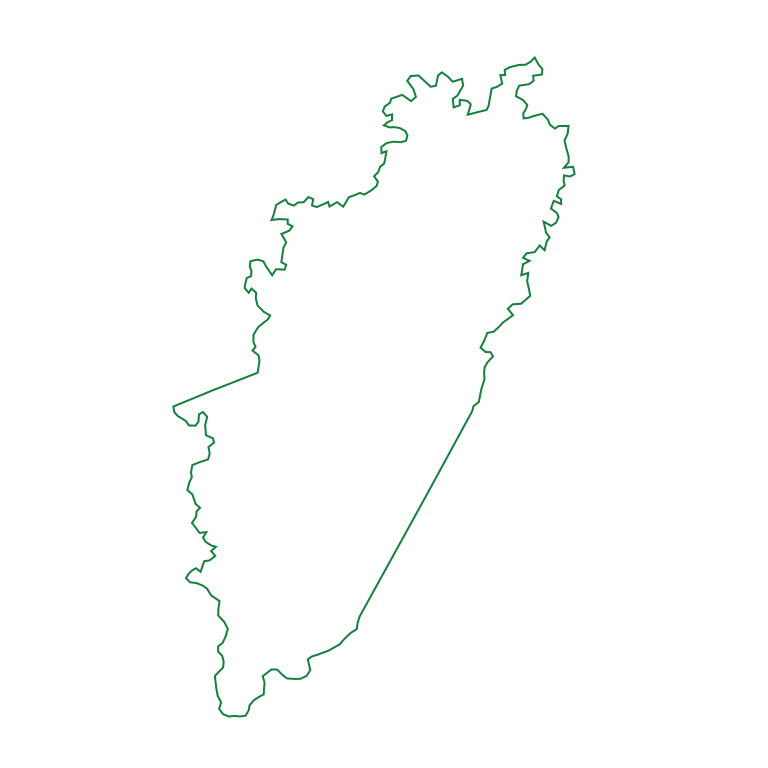 Rio Azul, Paraná, Brazil, rotated 258°
{"feature_id": "56859067B94937629872917", "entity_name": "Rio Azul", "entity_type": "district", "adm_level": 2, "iso_a3": "BRA", "parent_name": "Brazil", "parent_adm1": "Paraná", "projection": "albers", "projection_center": [-50.76, -25.731], "detail": "fine", "context": "isolated", "style": "outline", "palette": "green", "viewbox_px": 768, "rotation_deg": 258, "n_neighbors": 0, "source": "geoboundaries", "source_scale": "gbopen_adm2", "svg_char_len": 4011}
<svg xmlns="http://www.w3.org/2000/svg" viewBox="0 0 768 768"><g transform="rotate(258 384 384)"><path d="M161.4,311.6L243.7,382.8L253.7,391.4L263.8,400.2L321.2,449.3L339.2,464.7L343.7,466.9L346.7,473.0L358.9,478.2L367.8,483.3L374.6,484.3L379.5,486.0L383.6,489.6L388.4,496.4L393.0,494.8L394.1,490.1L399.5,486.0L405.0,490.6L412.5,495.7L412.3,502.1L416.2,508.7L419.3,512.9L422.0,519.0L424.5,524.5L431.8,520.8L435.2,526.3L434.0,534.8L439.9,545.4L447.4,545.5L454.7,545.4L462.7,548.2L461.9,540.9L467.3,543.0L472.2,544.8L474.2,552.0L478.5,546.2L482.2,550.8L481.7,558.8L487.1,565.1L481.5,568.9L489.4,572.6L493.0,576.5L498.2,574.0L509.6,573.9L503.9,580.5L506.1,586.0L511.2,589.5L515.4,588.6L520.9,583.8L527.9,588.1L523.3,594.7L527.9,595.6L531.7,592.1L537.5,595.4L540.6,602.0L545.4,601.9L550.6,603.5L548.3,609.0L549.7,614.1L557.2,614.1L558.1,605.0L562.4,610.6L568.0,611.9L577.6,611.3L584.6,611.1L590.5,615.6L598.0,618.1L600.0,608.5L598.3,604.2L603.2,600.2L608.6,599.2L615.4,595.2L615.0,586.4L614.3,580.4L614.8,575.8L619.8,576.5L622.9,579.6L627.0,582.2L632.8,579.1L638.0,573.0L643.2,574.8L647.7,578.3L647.1,588.2L649.4,593.3L654.5,594.0L653.9,602.8L659.2,604.4L664.5,601.5L672.0,599.3L668.7,594.3L666.8,588.8L668.1,582.4L667.7,572.8L666.1,567.3L661.0,566.8L661.9,562.0L653.2,562.0L651.1,555.9L650.6,550.7L634.3,544.1L630.7,541.3L630.5,532.8L630.0,521.9L635.0,524.7L639.6,527.0L643.7,524.2L646.2,517.1L640.9,516.1L640.1,509.6L648.6,510.6L650.9,515.9L659.5,523.5L666.3,523.7L665.4,514.0L671.5,510.3L676.8,505.3L674.5,501.0L665.0,496.8L665.0,491.5L678.6,481.9L679.7,474.1L675.7,469.8L666.2,474.1L658.2,474.9L655.1,469.3L663.0,461.9L661.6,450.4L657.8,448.3L655.3,442.5L651.0,439.5L645.7,442.0L646.0,448.0L640.3,446.6L639.2,441.6L637.0,437.7L633.8,443.0L633.1,447.5L631.2,452.5L627.1,457.3L622.2,458.6L617.4,456.2L617.0,450.8L619.0,443.8L619.2,436.9L616.4,430.6L610.4,429.6L611.1,434.7L603.8,431.9L599.6,429.9L597.3,425.4L592.5,422.4L589.3,417.5L583.2,420.1L579.3,418.0L576.1,411.9L573.4,404.2L575.9,400.2L575.0,395.6L574.0,388.5L565.9,380.9L571.6,375.9L568.9,367.6L573.7,367.1L572.5,362.5L571.1,355.0L573.7,350.7L579.5,353.2L582.5,348.9L578.5,343.2L579.4,337.6L577.3,332.9L580.3,327.8L584.9,326.0L583.3,320.5L581.4,315.7L577.3,313.7L571.9,310.9L567.8,308.1L567.1,315.9L564.9,324.0L560.7,323.1L557.3,327.3L553.7,323.3L552.1,314.9L542.8,317.8L538.5,314.1L530.7,311.2L524.4,308.9L521.0,313.1L516.5,310.6L518.7,302.3L513.6,297.2L523.3,293.2L529.2,291.4L531.9,286.2L531.9,278.9L526.8,277.1L522.1,277.9L517.1,276.4L516.2,271.8L512.4,269.8L506.9,267.6L501.4,270.6L504.9,274.3L499.8,277.9L494.3,276.4L487.2,276.6L479.4,281.6L474.7,286.9L471.4,283.9L465.9,272.9L459.4,266.6L452.2,265.0L447.2,266.1L444.0,262.4L437.9,267.3L432.7,267.0L427.2,265.0L421.3,262.7L413.3,214.3L405.8,173.3L400.2,173.0L395.6,175.6L389.2,182.3L384.0,184.7L382.4,191.0L385.8,194.7L392.8,196.7L394.2,201.0L388.7,204.2L380.9,200.5L370.9,199.2L366.3,205.5L362.0,205.5L358.8,199.2L352.0,199.0L346.8,196.2L345.9,187.6L344.5,179.6L337.8,176.9L332.7,176.6L328.3,173.1L321.0,169.6L315.8,173.6L305.9,174.8L301.2,178.3L298.3,174.1L293.1,172.6L288.1,167.3L282.8,169.8L276.7,172.6L276.0,179.4L271.5,175.1L266.8,176.6L262.2,181.2L259.7,185.7L256.5,180.2L250.9,183.2L247.7,176.6L248.1,171.4L243.1,168.3L238.4,165.5L242.9,161.8L241.5,157.3L238.8,153.2L235.2,149.9L230.4,153.0L228.3,159.1L224.5,164.8L220.7,168.3L213.3,170.9L205.8,178.0L199.0,175.4L192.2,173.7L184.4,178.3L176.9,180.3L170.2,176.7L164.2,172.2L161.9,167.2L156.7,166.1L151.8,169.2L146.1,169.5L140.2,167.7L137.4,163.4L133.5,157.9L121.5,156.7L113.5,156.5L106.5,158.5L100.6,155.2L94.4,158.0L91.0,163.2L90.4,168.8L88.8,173.8L88.3,179.7L93.1,183.9L97.7,185.7L101.8,191.0L103.8,196.3L105.4,201.8L110.0,203.0L116.8,205.1L123.4,204.6L125.4,208.8L128.2,214.6L126.9,220.1L120.2,224.4L116.2,227.8L114.1,235.3L113.0,241.0L114.6,247.7L119.4,252.4L130.5,252.2L132.5,256.7L133.1,263.3L134.7,274.1L138.5,286.4L143.7,293.4L147.4,299.7L150.1,306.6L154.7,308.0L161.4,311.6Z" fill="none" stroke="#15803d" stroke-width="2"/></g></svg>